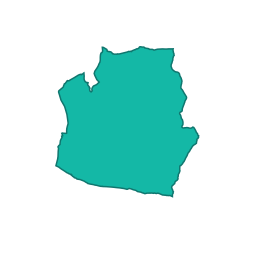 outline of Sirineasa, Vâlcea, Romania, rotated 237°
{"feature_id": "2599482B90279875081363", "entity_name": "Sirineasa", "entity_type": "district", "adm_level": 2, "iso_a3": "ROU", "parent_name": "Romania", "parent_adm1": "Vâlcea", "projection": "mercator", "projection_center": [24.167, 44.933], "detail": "fine", "context": "isolated", "style": "filled", "palette": "teal", "viewbox_px": 256, "rotation_deg": 237, "n_neighbors": 0, "source": "geoboundaries", "source_scale": "gbopen_adm2", "svg_char_len": 5807}
<svg xmlns="http://www.w3.org/2000/svg" viewBox="0 0 256 256"><g transform="rotate(237 128 128)"><path d="M121.6,193.7L122.4,194.0L127.2,194.1L129.4,194.3L130.7,194.3L131.5,194.1L132.3,194.1L132.8,194.1L133.4,194.6L133.7,194.7L134.4,195.4L135.1,196.0L136.0,197.1L136.9,197.8L137.6,198.5L137.8,198.7L139.0,199.2L139.9,199.4L140.7,199.7L141.6,199.8L143.3,199.9L144.7,200.3L145.1,200.6L145.5,200.6L146.0,200.6L146.6,200.6L147.7,200.1L149.4,198.3L150.8,197.7L151.8,197.4L152.4,197.2L153.9,197.1L154.3,197.2L155.0,197.5L156.1,197.6L157.7,198.8L158.6,200.2L159.9,201.6L160.6,202.6L161.4,203.1L162.0,203.6L163.4,205.2L163.8,206.3L164.8,206.6L165.4,207.0L166.7,207.2L167.0,207.4L167.4,207.6L168.5,208.0L169.2,208.4L169.8,209.0L170.8,207.3L172.1,205.4L173.4,203.0L175.8,199.6L176.2,198.8L176.8,197.8L178.0,195.7L178.5,194.3L179.1,192.3L179.5,192.0L180.5,191.5L181.5,190.0L182.0,189.2L182.2,188.9L182.5,188.7L182.9,188.7L183.3,188.6L183.5,188.2L184.4,187.4L184.8,186.8L185.5,186.3L185.7,185.8L187.0,185.5L187.3,185.3L187.5,185.0L188.1,184.0L189.2,182.9L189.5,182.4L189.7,181.8L189.6,181.6L189.5,181.3L189.1,180.6L189.2,179.5L189.2,179.2L189.5,178.7L189.8,178.0L189.7,176.9L190.0,176.2L190.1,175.8L190.2,175.1L190.4,174.2L190.4,173.4L190.6,172.9L190.6,172.5L190.4,172.4L191.1,171.7L191.1,171.1L191.6,170.6L191.9,170.2L192.0,169.7L192.0,169.1L192.1,168.9L194.8,161.1L195.1,160.4L195.4,160.2L195.8,159.4L196.0,159.3L195.9,158.8L196.0,158.7L196.4,158.3L196.9,157.5L197.1,157.1L197.8,156.3L198.5,155.9L198.7,155.5L198.9,155.5L199.1,155.6L199.4,155.5L200.5,155.3L201.1,155.1L201.4,154.9L201.8,154.2L202.5,153.8L202.8,153.1L203.1,153.0L203.4,152.7L203.7,152.4L204.1,152.5L204.5,152.8L205.5,153.0L208.7,151.4L209.4,150.9L209.7,150.4L206.4,148.7L205.5,147.5L205.5,146.1L204.3,144.7L202.6,143.4L200.0,141.7L198.5,140.3L197.5,138.5L196.2,136.7L195.1,134.5L193.7,131.1L192.1,129.3L190.1,128.8L185.5,128.2L182.2,128.8L181.5,125.3L182.0,121.9L181.4,120.3L180.7,119.3L180.2,118.8L179.2,118.4L178.7,118.3L178.6,117.6L178.4,116.7L178.9,116.7L179.5,116.3L179.8,116.2L181.1,116.7L181.7,117.2L181.8,117.2L181.8,117.5L182.1,117.7L182.6,117.8L183.5,117.7L183.7,117.9L185.6,117.7L186.0,117.7L186.8,118.1L187.7,119.2L188.1,119.0L188.1,118.9L187.8,118.7L187.9,118.4L189.1,117.8L189.4,117.8L190.2,117.3L192.5,117.6L193.9,118.4L195.4,119.5L198.2,121.0L198.2,120.4L198.1,120.0L198.0,119.3L198.1,117.9L198.3,117.7L198.7,117.8L198.9,117.3L199.1,116.7L199.4,115.2L199.5,110.2L199.6,108.8L199.7,107.1L199.8,105.1L199.7,104.5L200.2,103.5L200.7,103.1L200.7,102.8L200.4,102.4L200.4,102.2L200.6,102.3L200.6,102.1L200.0,101.0L199.8,100.1L199.5,99.5L199.5,99.2L199.7,98.7L199.2,98.1L198.6,97.1L198.2,96.7L197.9,96.4L197.7,96.2L197.3,94.4L197.4,93.6L197.2,93.2L197.0,91.4L196.9,90.4L196.6,89.9L196.0,89.4L195.1,89.1L193.6,88.7L187.9,87.0L180.9,86.6L179.6,86.3L172.7,84.2L165.4,80.8L164.1,80.0L162.9,78.5L160.9,76.4L159.1,75.0L157.9,74.3L157.0,73.6L157.1,73.3L158.8,71.0L159.4,70.2L159.6,70.1L159.6,69.6L157.1,69.0L157.3,67.9L155.9,67.4L155.5,66.5L154.3,64.5L151.8,62.4L151.2,62.0L151.0,61.0L151.0,60.5L150.7,60.1L150.6,59.7L150.6,59.4L150.4,59.1L149.7,58.8L149.0,58.8L146.5,56.8L142.1,53.7L140.2,52.0L135.6,47.0L133.0,48.6L130.2,49.6L127.4,50.9L126.5,51.3L123.8,52.4L122.4,53.4L121.8,53.5L121.4,54.0L120.4,54.4L120.2,54.6L120.2,55.0L119.9,55.0L119.6,54.8L119.3,54.8L119.1,54.9L119.1,55.2L118.5,55.1L118.2,55.2L117.5,55.3L117.3,55.4L116.7,55.9L116.4,55.9L115.9,55.8L115.3,56.1L114.4,57.0L113.9,57.2L113.2,57.3L112.8,57.6L110.8,59.8L107.3,62.3L105.1,63.3L103.9,64.0L103.1,64.2L103.0,64.4L102.8,64.6L102.6,64.9L102.4,65.0L102.0,65.3L99.3,68.2L98.0,69.3L97.2,70.3L95.2,72.1L93.8,73.5L92.9,74.9L92.7,74.9L90.6,77.9L86.7,83.0L83.8,86.5L82.4,88.3L79.4,91.7L77.2,93.7L77.0,94.1L76.9,94.5L76.8,95.7L76.5,96.3L75.8,96.9L75.3,97.4L74.8,97.8L74.0,98.3L73.0,99.1L72.2,99.9L71.3,100.6L70.8,100.9L69.6,101.3L69.4,101.5L67.3,103.7L67.0,104.0L65.9,104.6L64.9,105.6L64.0,106.1L63.8,106.4L63.6,106.7L63.4,107.2L63.3,107.6L63.0,108.5L60.9,111.8L60.6,112.4L59.2,114.0L59.2,114.5L59.0,114.9L58.5,115.2L57.6,116.1L57.2,117.4L56.9,117.7L55.8,118.7L55.2,119.0L54.7,119.4L53.1,120.4L52.5,121.1L52.3,121.5L51.9,121.9L51.5,122.4L51.4,122.7L51.0,123.0L50.8,123.4L50.5,123.5L49.9,124.3L49.7,124.8L49.4,125.0L49.0,125.5L48.9,125.9L48.7,126.2L48.1,126.8L47.8,126.9L46.3,127.9L48.0,129.0L48.4,129.6L48.7,130.3L49.3,130.6L49.6,131.1L49.7,131.3L50.7,131.3L51.6,131.7L52.4,131.7L54.3,132.2L54.8,132.6L55.2,133.1L55.4,133.4L55.6,134.8L55.9,135.9L55.9,136.8L57.0,137.9L57.4,138.7L57.4,139.9L57.5,141.0L57.7,141.5L58.0,142.1L58.2,142.3L59.3,142.8L59.7,143.1L60.3,144.0L60.7,144.2L61.5,144.8L61.8,145.2L62.5,146.6L63.7,148.1L63.9,148.3L64.4,148.4L64.8,148.6L67.1,150.2L67.7,150.6L67.9,151.0L68.0,151.4L67.7,151.8L67.9,152.5L68.3,154.2L68.6,154.8L69.2,155.7L69.2,156.3L69.3,156.6L70.4,158.5L71.4,160.0L72.6,162.4L74.2,164.6L74.5,165.6L75.1,167.2L76.0,168.7L76.4,169.9L77.2,171.4L77.6,172.3L77.9,174.2L77.8,175.5L77.9,176.2L77.9,176.9L77.9,177.0L78.7,177.7L79.2,178.0L79.8,178.9L80.4,179.2L80.9,179.5L81.1,179.9L81.1,180.8L81.1,181.0L81.7,181.6L81.9,182.3L82.5,182.4L82.9,182.8L83.1,183.0L83.3,182.8L84.0,182.7L84.5,182.9L85.4,183.2L86.0,183.1L87.2,183.0L89.5,183.4L90.5,183.4L91.5,183.5L92.7,183.4L93.3,183.0L93.5,182.8L93.4,181.9L93.4,181.4L93.6,180.7L93.9,180.1L94.8,179.1L95.7,178.4L96.0,177.9L96.5,177.3L96.7,176.7L97.3,175.7L97.6,174.8L97.9,174.4L98.7,173.8L99.0,173.7L99.4,173.7L100.0,174.2L100.3,174.5L100.7,175.5L101.0,175.9L101.5,176.3L103.0,177.3L105.2,178.1L106.9,178.0L109.8,179.0L110.4,179.1L111.6,179.0L111.9,179.1L112.2,179.3L112.7,179.9L112.8,180.3L112.8,180.7L112.6,181.6L112.7,182.2L112.8,182.6L113.1,182.9L114.7,184.2L116.0,185.9L117.5,188.0L118.2,188.8L118.6,189.5L119.2,190.0L119.9,191.1L120.8,192.9L121.6,193.7Z" fill="#14b8a6" stroke="#0f766e" stroke-width="1.5"/></g></svg>